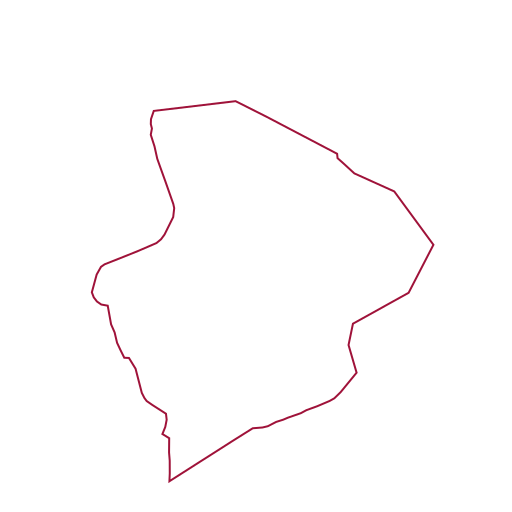 outline of Serra Negra do Norte, Rio Grande do Norte, Brazil, rotated 337°
{"feature_id": "56859067B12396150079063", "entity_name": "Serra Negra do Norte", "entity_type": "district", "adm_level": 2, "iso_a3": "BRA", "parent_name": "Brazil", "parent_adm1": "Rio Grande do Norte", "projection": "albers", "projection_center": [-37.401, -6.573], "detail": "fine", "context": "isolated", "style": "outline", "palette": "rose", "viewbox_px": 512, "rotation_deg": 337, "n_neighbors": 0, "source": "geoboundaries", "source_scale": "gbopen_adm2", "svg_char_len": 1045}
<svg xmlns="http://www.w3.org/2000/svg" viewBox="0 0 512 512"><g transform="rotate(337 256 256)"><path d="M408.5,250.6L378.8,218.4L374.9,209.8L372.9,205.4L369.3,197.8L370.6,193.6L320.4,132.3L297.7,105.5L218.6,82.5L212.8,89.0L210.7,93.5L210.0,98.0L206.5,103.3L205.4,115.4L203.1,127.9L202.5,138.1L201.7,152.4L200.2,175.8L199.4,180.0L195.0,187.8L180.2,200.5L175.1,203.5L169.4,205.2L149.1,205.3L138.6,205.1L113.4,204.5L109.1,205.4L102.1,210.8L90.7,225.3L90.5,230.7L91.8,235.7L94.6,240.2L100.1,243.8L95.9,262.3L96.0,271.1L94.2,281.6L94.5,289.7L95.0,298.2L99.2,300.2L101.1,312.7L97.4,337.4L97.8,343.1L98.7,346.8L102.3,352.5L111.5,366.0L109.8,371.8L105.7,377.9L100.3,383.3L104.9,389.8L99.2,402.9L96.6,410.7L91.6,422.6L88.3,429.5L124.6,423.4L136.6,421.4L160.9,417.3L185.7,413.3L195.0,416.4L200.4,417.3L209.7,416.6L217.1,417.3L222.3,417.3L235.9,418.2L242.2,417.6L253.6,418.2L260.3,418.2L267.1,418.2L272.5,417.6L280.7,414.4L303.0,402.7L306.4,374.1L318.8,356.2L382.1,349.5L423.7,315.0L408.5,250.6Z" fill="none" stroke="#9f1239" stroke-width="2"/></g></svg>